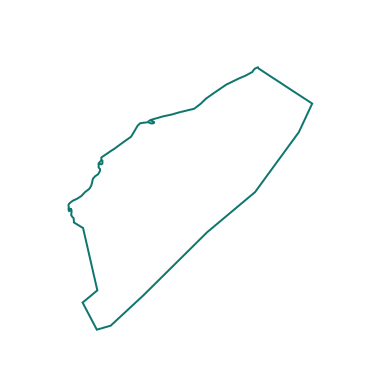 Qantara Sharq, al-, Al Isma`iliyah, Egypt (Equal Earth projection), rotated 64°
{"feature_id": "37247803B91574784842387", "entity_name": "Qantara Sharq, al-", "entity_type": "district", "adm_level": 2, "iso_a3": "EGY", "parent_name": "Egypt", "parent_adm1": "Al Isma`iliyah", "projection": "equal_earth", "projection_center": [32.447, 30.598], "detail": "fine", "context": "isolated", "style": "outline", "palette": "teal", "viewbox_px": 384, "rotation_deg": 64, "n_neighbors": 0, "source": "geoboundaries", "source_scale": "gbopen_adm2", "svg_char_len": 1480}
<svg xmlns="http://www.w3.org/2000/svg" viewBox="0 0 384 384"><g transform="rotate(64 192 192)"><path d="M243.4,338.8L274.0,337.9L276.5,323.7L272.7,311.2L263.5,280.8L234.8,196.1L219.7,135.3L209.0,115.1L185.2,70.0L185.2,69.9L165.2,45.2L163.7,46.1L158.0,49.5L157.2,50.0L142.0,59.1L128.3,67.2L125.7,68.8L110.2,78.0L108.8,78.1L108.7,80.3L108.7,81.4L109.5,83.4L110.6,85.2L110.6,85.9L110.9,93.1L110.5,100.3L110.5,114.1L112.6,128.7L114.2,138.5L116.5,145.5L118.1,153.5L114.9,168.1L113.4,176.6L111.4,184.6L109.4,195.8L109.1,197.9L109.2,198.5L110.0,197.4L111.2,196.5L112.3,195.5L113.2,195.9L113.2,197.1L112.5,198.6L111.0,200.1L109.9,200.7L109.6,202.1L108.6,204.9L107.5,208.4L108.5,211.7L112.2,217.3L115.6,222.5L116.6,228.7L117.4,233.4L118.2,238.0L119.1,242.7L119.6,247.1L121.2,258.3L124.0,259.8L124.1,259.0L124.6,258.8L125.2,259.1L126.9,259.9L127.3,260.5L127.3,261.5L126.7,262.3L126.3,262.4L125.8,262.4L125.3,262.2L124.7,261.8L125.3,263.3L126.2,263.9L127.3,264.3L128.6,265.0L129.8,265.0L131.0,264.6L132.2,265.1L133.1,266.0L134.9,268.6L135.4,272.2L136.7,275.3L140.0,277.9L142.1,279.8L144.1,282.8L145.2,288.2L147.1,293.2L147.7,298.4L147.6,302.9L148.1,305.7L148.9,308.1L149.8,308.8L150.5,309.1L151.5,309.3L153.3,310.5L154.8,310.9L155.3,310.8L155.2,309.8L153.6,309.0L154.3,308.1L155.9,308.4L157.4,309.2L159.8,310.7L161.8,310.5L163.7,309.9L166.4,310.9L167.6,311.5L176.5,305.8L176.6,305.7L238.9,320.2L242.1,333.3L243.4,338.7L243.4,338.8Z" fill="none" stroke="#0f766e" stroke-width="2"/></g></svg>